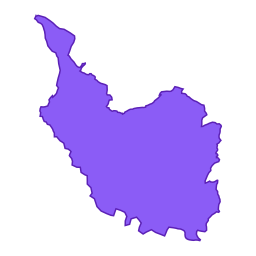 the district of Pegeia, Paphos, Cyprus
{"feature_id": "46923920B55178384672299", "entity_name": "Pegeia", "entity_type": "district", "adm_level": 2, "iso_a3": "CYP", "parent_name": "Cyprus", "parent_adm1": "Paphos", "projection": "robinson", "projection_center": [32.366, 34.894], "detail": "fine", "context": "isolated", "style": "filled", "palette": "violet", "viewbox_px": 256, "rotation_deg": 0, "n_neighbors": 0, "source": "geoboundaries", "source_scale": "gbopen_adm2", "svg_char_len": 4274}
<svg xmlns="http://www.w3.org/2000/svg" viewBox="0 0 256 256"><path d="M35.9,16.0L34.7,18.7L36.4,19.8L38.2,22.3L40.6,23.3L42.1,24.5L43.3,27.1L44.0,29.6L44.6,31.4L45.1,34.7L45.3,38.2L46.7,41.4L47.9,45.9L50.0,48.6L52.2,51.2L55.8,52.8L56.9,56.2L58.1,57.7L58.5,61.4L58.7,63.5L60.2,70.3L59.6,73.3L58.2,78.1L57.2,82.4L56.6,85.4L58.5,87.9L57.6,89.9L56.5,93.4L55.0,95.1L52.8,97.2L52.4,95.7L50.5,97.7L49.0,99.8L49.5,102.0L48.4,104.2L47.8,105.9L44.9,106.8L43.2,107.0L41.0,106.8L40.2,108.7L39.9,111.0L40.7,112.7L40.1,116.3L42.4,116.5L43.2,119.1L44.2,121.4L46.3,122.1L47.4,124.3L49.8,124.9L51.1,126.7L52.6,129.0L53.4,131.3L54.3,132.8L54.4,136.8L56.7,136.7L58.5,138.9L60.0,140.7L62.1,142.0L63.8,143.2L65.1,148.4L68.2,149.1L70.2,150.6L71.0,151.6L69.7,154.5L69.4,155.7L71.7,158.6L72.5,161.3L72.1,165.0L76.8,167.2L80.3,167.3L81.1,172.4L84.9,174.8L87.2,175.7L87.3,180.2L87.3,184.1L90.9,187.6L92.1,193.2L90.1,195.9L94.4,198.7L97.0,206.6L101.1,211.0L106.7,213.6L111.0,215.3L113.6,215.7L114.9,211.9L116.0,208.8L120.8,210.4L124.8,212.3L126.8,216.4L125.3,220.9L125.2,225.5L129.6,224.3L131.1,218.8L136.6,217.2L139.0,219.9L141.2,223.0L139.4,227.2L138.6,230.8L143.1,234.0L146.4,232.0L151.4,229.7L155.6,232.4L161.1,234.5L164.6,235.9L165.1,234.8L167.2,229.7L168.9,227.2L173.0,227.7L175.9,228.2L178.0,228.8L180.5,229.0L182.6,229.9L184.2,230.8L185.1,232.7L185.0,234.8L185.3,236.9L186.3,238.5L188.0,239.4L189.4,239.8L191.4,240.1L193.5,240.3L195.8,240.0L197.7,240.1L199.8,240.6L200.3,239.7L198.3,238.0L197.1,236.0L196.4,234.2L196.7,231.4L197.8,230.2L199.0,230.7L201.4,231.2L203.5,231.5L204.9,231.7L206.6,230.2L206.5,226.8L206.1,225.2L206.3,223.4L208.3,220.5L208.3,218.7L210.2,216.9L212.1,214.8L214.9,213.1L216.5,211.8L218.2,212.2L218.7,212.3L219.4,211.4L218.3,209.6L218.3,209.4L218.5,206.8L218.8,204.5L220.1,201.8L219.9,199.3L219.2,197.8L218.8,195.9L217.7,194.1L217.6,191.5L216.1,189.4L216.3,187.1L216.6,184.5L217.5,183.0L217.7,180.4L217.2,180.2L214.7,181.7L212.9,182.2L210.6,181.9L209.7,181.1L207.2,182.4L205.3,183.1L205.1,181.0L206.4,177.9L207.5,175.2L208.9,172.6L210.8,170.6L210.6,168.1L212.1,165.6L214.5,163.2L217.0,162.2L218.7,161.6L219.5,159.7L218.5,158.4L217.4,157.4L216.5,157.6L216.5,156.3L217.7,155.7L217.8,155.0L217.1,153.9L216.0,153.6L216.0,152.5L216.9,151.2L217.6,150.1L217.6,149.1L217.0,148.2L217.0,147.2L217.2,146.1L217.4,145.4L216.9,144.2L218.9,142.9L219.9,141.5L220.9,140.4L219.3,138.3L219.0,137.0L219.1,135.0L219.9,132.8L220.1,131.2L220.1,129.1L221.3,126.4L221.0,125.3L220.8,125.2L219.3,123.8L217.0,124.0L215.1,122.6L212.5,122.2L209.3,123.3L207.3,124.3L205.0,125.1L202.8,126.4L201.5,126.5L201.8,124.3L201.8,122.1L201.8,120.2L202.6,117.8L204.6,116.4L206.8,114.8L206.3,113.3L204.6,111.1L204.6,108.3L203.9,105.2L201.5,104.7L196.6,101.6L193.8,100.6L191.1,98.8L189.1,97.0L187.2,96.2L186.3,94.7L185.0,93.7L183.3,93.5L181.7,93.3L181.6,91.1L183.1,89.0L180.7,88.4L178.1,87.4L174.9,86.7L173.0,89.8L171.1,91.2L169.7,91.4L166.7,91.2L164.2,91.5L161.6,91.8L160.2,93.2L159.5,94.8L160.4,94.5L161.0,94.9L159.8,96.2L158.5,97.7L156.9,99.0L154.7,100.7L153.8,102.1L152.0,103.5L150.0,104.2L147.6,105.4L145.9,105.8L145.6,107.1L143.7,107.5L142.3,107.4L140.4,107.6L138.6,107.8L137.2,107.9L135.6,108.2L134.0,108.5L132.5,109.2L130.9,109.2L129.7,109.5L128.2,110.3L126.9,111.1L125.7,111.7L124.8,112.2L124.4,113.2L123.2,113.8L122.5,114.1L122.4,113.3L121.1,113.2L119.7,112.5L118.6,112.4L117.6,112.3L116.9,111.1L115.3,110.8L113.8,110.7L112.6,111.2L111.5,110.9L109.5,109.4L109.2,108.9L108.9,107.8L107.3,107.7L106.4,106.4L107.5,105.0L108.3,103.6L108.6,102.0L109.3,100.1L112.1,99.8L111.7,97.2L110.4,95.6L109.9,95.0L107.3,94.9L106.6,93.6L107.2,90.0L107.0,85.6L105.2,84.6L104.2,84.3L102.6,83.8L100.7,83.3L99.1,82.3L98.3,81.9L97.6,81.1L96.8,80.3L95.9,79.8L94.8,79.0L95.2,77.7L95.0,76.6L93.6,75.6L92.0,74.9L91.1,73.7L89.7,73.7L88.8,74.7L87.4,74.6L86.4,74.4L85.5,73.9L84.1,73.0L82.7,72.7L80.8,71.6L79.9,71.0L80.8,70.2L81.2,68.5L81.9,67.4L83.5,65.6L84.3,65.0L85.3,63.8L85.2,63.1L83.7,63.6L82.4,63.6L81.8,65.1L80.9,66.4L80.6,66.9L79.9,67.3L78.9,67.4L77.2,66.5L75.8,64.9L74.0,62.1L71.0,58.9L69.3,56.1L68.0,55.2L69.6,51.2L71.2,46.3L73.7,42.3L74.8,38.8L74.5,35.9L69.9,32.7L64.1,29.3L59.6,28.6L56.4,26.3L53.0,23.0L49.7,20.5L45.1,17.4L41.4,16.3L38.1,15.4L36.0,16.3L35.9,16.0Z" fill="#8b5cf6" stroke="#5b21b6" stroke-width="1.5"/></svg>